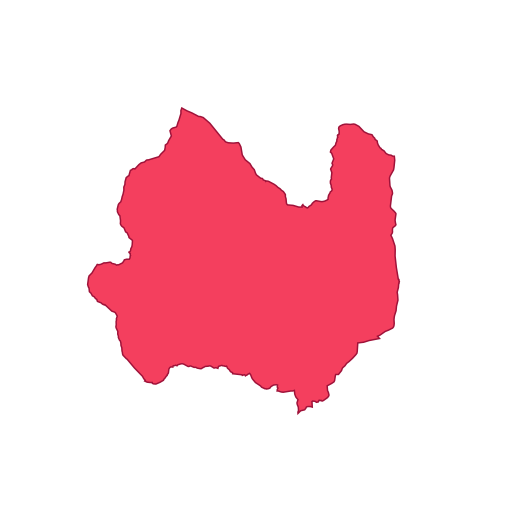 outline of Damuc, Neamt, Romania, rotated 219°
{"feature_id": "2599482B61990018095073", "entity_name": "Damuc", "entity_type": "district", "adm_level": 2, "iso_a3": "ROU", "parent_name": "Romania", "parent_adm1": "Neamt", "projection": "equal_earth", "projection_center": [25.893, 46.736], "detail": "fine", "context": "isolated", "style": "filled", "palette": "rose", "viewbox_px": 512, "rotation_deg": 219, "n_neighbors": 0, "source": "geoboundaries", "source_scale": "gbopen_adm2", "svg_char_len": 6153}
<svg xmlns="http://www.w3.org/2000/svg" viewBox="0 0 512 512"><g transform="rotate(219 256 256)"><path d="M355.2,325.8L375.4,330.1L384.1,330.4L386.9,329.4L388.5,328.3L395.7,326.9L400.9,325.4L406.8,324.3L405.9,321.8L404.0,319.5L401.3,312.9L400.7,310.8L399.1,306.9L399.2,305.9L401.2,303.1L401.8,301.4L401.7,299.2L397.3,296.0L396.5,290.7L395.7,288.2L395.8,287.0L396.3,285.2L394.8,283.1L393.5,280.6L394.1,275.1L393.9,272.3L394.1,271.8L400.0,263.1L401.2,262.0L401.5,261.4L401.8,258.9L403.9,256.0L404.5,253.3L404.9,247.4L405.9,247.1L406.8,245.9L406.8,244.9L407.5,243.5L405.8,239.5L405.3,238.6L405.8,237.3L406.2,235.2L404.5,231.3L402.9,229.1L402.1,226.4L400.1,224.0L398.2,220.3L397.3,217.8L396.1,215.5L395.2,213.0L395.5,210.6L395.3,209.2L393.3,205.0L392.0,203.8L391.6,203.2L388.7,201.8L387.1,201.6L383.4,198.1L381.7,195.7L380.3,195.0L379.1,194.7L376.3,194.8L372.5,192.7L371.0,192.9L370.5,192.8L367.2,191.2L366.3,190.4L362.2,190.4L361.6,190.1L359.2,186.7L358.3,185.0L357.9,183.0L356.8,181.0L356.7,179.9L357.2,179.1L356.9,178.8L355.1,178.7L354.4,177.6L353.8,177.4L353.6,176.5L352.8,175.4L352.4,173.8L354.6,172.0L355.9,170.2L355.7,169.8L355.4,166.7L357.2,162.7L358.1,162.0L358.5,161.2L360.3,161.0L363.5,159.5L364.9,159.7L365.7,159.2L368.3,156.2L369.9,154.9L371.2,152.1L372.6,150.3L373.9,149.7L374.1,149.4L373.8,148.0L373.7,145.5L372.8,139.7L373.2,135.5L372.4,133.6L368.9,127.9L366.9,126.5L365.5,125.9L363.0,123.4L360.7,123.2L358.1,122.1L355.9,122.5L354.0,121.9L352.5,122.1L350.8,121.0L350.4,121.0L347.0,122.1L345.5,122.0L344.5,122.1L344.1,122.4L343.1,122.4L342.9,123.1L333.4,122.4L330.5,123.4L329.5,123.4L326.0,122.0L324.9,119.1L324.3,118.8L323.5,117.1L321.2,114.4L320.6,113.2L319.6,112.2L315.9,110.4L314.3,108.3L312.5,107.1L311.6,106.0L309.1,104.7L308.0,104.6L306.3,103.4L304.6,101.5L302.5,100.2L300.4,97.9L298.8,96.7L298.2,96.0L296.9,95.2L292.2,94.6L291.2,94.7L280.0,92.5L268.6,91.1L265.9,90.0L263.8,89.7L263.8,88.8L261.3,89.4L258.6,91.1L257.1,92.4L256.4,91.8L255.1,92.2L253.2,93.5L251.1,97.5L249.7,101.2L250.0,101.7L249.9,104.1L250.1,105.9L249.9,107.3L250.4,108.1L250.3,109.0L250.5,110.0L252.5,113.2L252.8,115.0L252.4,116.2L250.7,117.4L251.3,118.5L251.2,118.8L250.3,119.5L249.7,120.6L248.3,121.0L248.3,122.3L246.4,125.0L245.5,125.9L244.1,126.5L239.3,127.4L238.6,127.9L238.0,129.1L237.3,129.5L234.0,130.5L233.3,131.2L232.2,131.8L231.3,131.8L228.3,133.4L227.4,134.3L227.2,135.6L226.7,136.3L226.0,138.2L223.8,140.3L223.0,141.4L221.9,142.0L218.1,142.5L216.9,144.0L214.9,144.7L215.7,146.6L213.9,149.3L213.3,149.7L212.5,149.8L211.6,150.6L210.5,150.8L209.5,151.9L207.6,150.9L205.1,150.8L203.5,150.2L202.7,150.1L200.8,150.6L200.1,149.8L192.1,154.9L191.5,154.6L190.4,156.4L189.6,156.5L188.8,156.2L188.6,157.0L188.1,157.8L187.9,159.0L187.1,160.8L185.3,160.3L182.6,158.7L181.3,158.2L176.8,157.3L170.8,157.9L169.1,157.6L165.4,158.5L164.7,159.2L164.2,159.2L163.1,160.4L162.4,161.5L162.1,161.9L162.2,163.9L161.2,166.7L159.3,168.7L158.1,169.3L157.0,167.5L155.8,167.2L155.4,165.5L154.6,164.4L154.0,165.0L150.8,166.2L149.1,167.3L144.0,173.0L142.6,174.1L141.6,175.7L139.0,173.1L137.4,172.1L136.0,171.4L133.0,170.8L131.7,167.6L130.4,166.5L128.2,165.3L127.5,164.6L125.8,162.8L125.2,161.1L124.3,160.1L123.9,163.8L121.4,167.1L121.5,169.3L121.8,170.3L121.6,170.8L120.8,171.8L119.0,173.2L117.2,174.0L120.9,178.1L120.7,178.9L119.2,179.9L118.3,180.3L117.0,180.3L115.8,181.7L116.1,182.7L116.2,183.6L116.0,183.8L115.4,183.8L114.7,184.7L114.4,184.5L113.6,184.8L113.1,185.2L112.6,186.3L111.3,191.0L111.4,193.0L111.8,193.9L114.0,195.6L115.7,196.4L119.0,199.9L117.0,204.6L116.2,207.3L116.5,208.6L118.9,212.7L119.4,213.8L119.4,214.2L117.4,215.8L117.4,220.7L118.2,222.9L118.3,223.8L117.8,226.6L118.0,229.6L117.3,232.5L116.6,237.2L116.3,242.1L116.4,244.0L117.3,245.6L122.2,252.5L118.1,256.7L114.9,261.5L108.1,269.6L111.1,270.1L109.9,272.4L108.1,278.7L106.4,281.7L104.5,285.9L104.5,287.4L104.9,288.6L106.1,290.5L108.8,293.5L110.1,295.5L110.9,297.0L112.7,301.6L115.3,305.5L117.9,311.0L121.5,314.9L123.5,316.7L125.5,321.1L127.5,324.0L127.5,324.4L127.9,324.8L127.8,325.0L128.3,325.8L128.5,325.9L128.6,326.5L129.8,327.1L130.0,327.6L130.3,327.7L130.6,327.4L130.8,327.5L139.7,335.4L147.9,343.5L151.7,348.4L154.3,351.2L161.0,355.5L164.2,357.0L164.6,359.8L165.2,360.8L166.3,362.0L167.4,363.7L167.4,364.4L166.8,367.1L166.9,368.3L168.8,369.8L170.5,371.4L173.8,376.9L174.7,377.3L176.9,377.7L181.0,378.0L182.1,378.5L183.0,379.4L188.4,388.0L189.1,390.3L190.0,391.3L191.7,392.7L195.3,394.3L196.3,395.1L201.0,400.2L201.6,401.1L202.1,402.5L203.3,409.5L204.4,411.5L208.5,417.8L211.3,420.6L212.6,419.6L214.4,419.4L216.5,418.1L219.4,417.5L222.8,418.3L223.8,418.0L224.4,418.2L225.4,417.8L226.6,418.3L227.3,418.1L228.6,418.4L231.1,419.3L232.9,420.4L234.1,421.6L234.9,421.7L236.8,421.5L237.7,422.2L240.3,422.5L241.8,423.2L242.5,423.1L245.5,421.6L250.2,420.5L257.6,421.5L261.9,420.7L263.2,420.0L265.5,417.6L268.7,415.4L270.0,414.2L271.1,412.8L272.4,410.2L272.7,408.8L272.6,408.1L271.9,406.9L270.0,405.4L268.2,403.2L268.4,402.8L268.2,402.1L268.7,401.6L268.5,400.8L267.1,399.7L267.1,398.9L266.5,397.9L266.4,397.3L265.4,396.0L265.1,394.5L264.0,392.0L264.3,389.6L264.5,385.6L263.6,383.6L261.9,383.5L256.7,380.4L255.3,375.9L253.7,375.1L253.3,374.1L252.9,371.0L252.7,370.5L249.5,368.5L246.9,364.4L245.7,363.2L245.8,362.5L245.4,361.1L244.0,359.4L242.1,358.3L240.7,356.8L239.0,355.9L238.4,355.1L238.2,354.0L238.6,352.6L238.2,351.6L237.8,348.9L236.5,346.4L235.7,345.5L236.1,344.0L237.2,341.8L238.4,340.3L239.4,339.4L243.9,336.9L244.5,336.3L245.0,334.8L245.4,332.3L245.1,330.7L246.0,327.8L246.0,326.5L246.3,325.7L247.4,325.3L248.4,325.4L249.6,325.0L251.3,325.1L251.9,325.4L252.0,324.1L251.0,323.1L253.4,321.0L259.0,318.7L263.6,315.6L264.7,315.7L265.6,316.2L268.7,319.4L270.5,320.6L271.9,322.3L275.3,323.3L277.5,323.1L279.7,323.4L282.1,323.1L284.8,323.3L287.2,323.1L293.3,321.9L295.0,321.0L295.3,320.1L296.1,320.4L298.2,319.7L299.5,320.2L300.0,320.2L301.2,319.4L306.7,319.3L308.4,320.0L311.7,322.0L315.2,322.6L318.9,324.0L324.9,324.0L329.5,325.6L330.4,326.0L336.3,331.2L339.7,332.8L341.1,333.0L344.6,329.5L348.7,326.6L350.9,325.7L351.9,325.6L354.2,326.1L355.2,325.8Z" fill="#f43f5e" stroke="#9f1239" stroke-width="1.5"/></g></svg>